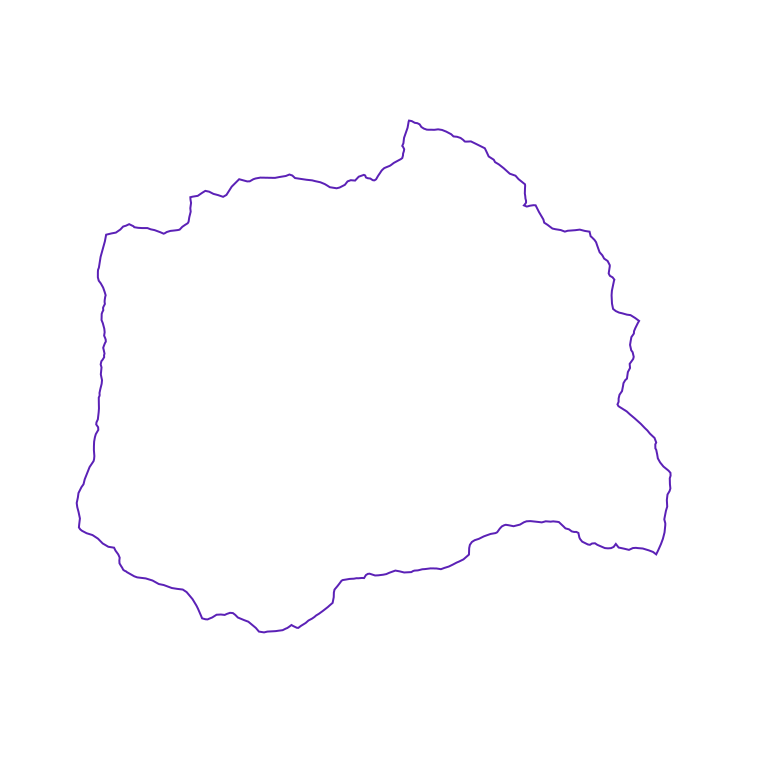 the district of Kawang, Thimphu, Bhutan, rotated 99°
{"feature_id": "84629894B41784722800221", "entity_name": "Kawang", "entity_type": "district", "adm_level": 2, "iso_a3": "BTN", "parent_name": "Bhutan", "parent_adm1": "Thimphu", "projection": "robinson", "projection_center": [89.606, 27.573], "detail": "fine", "context": "isolated", "style": "outline", "palette": "violet", "viewbox_px": 768, "rotation_deg": 99, "n_neighbors": 0, "source": "geoboundaries", "source_scale": "gbopen_adm2", "svg_char_len": 6142}
<svg xmlns="http://www.w3.org/2000/svg" viewBox="0 0 768 768"><g transform="rotate(99 384 384)"><path d="M643.9,527.0L644.3,523.5L644.1,521.4L643.0,519.7L641.5,517.2L638.1,513.3L637.2,509.1L637.0,505.2L635.7,503.3L634.1,500.3L633.9,497.4L635.3,494.8L637.5,491.8L639.1,485.2L640.0,480.8L642.9,475.9L645.0,472.4L648.1,468.8L648.1,463.6L646.8,460.5L645.0,452.2L644.3,450.0L643.0,445.6L641.0,442.8L640.1,441.3L638.1,439.2L636.5,437.7L637.2,436.0L638.4,432.0L638.3,430.5L635.9,428.2L632.3,424.0L629.4,421.6L627.0,418.4L625.0,416.3L623.2,414.8L621.2,412.4L617.8,409.0L616.0,407.3L613.1,404.6L610.9,402.8L608.2,400.5L602.4,400.3L597.7,400.9L594.8,400.7L590.8,398.3L587.9,396.7L585.0,395.2L584.1,394.1L583.0,390.7L581.9,387.5L581.0,383.3L580.1,380.7L579.9,379.0L579.0,375.4L578.8,373.3L575.6,372.0L574.1,370.3L573.6,368.6L574.5,362.9L573.9,359.9L572.5,355.0L571.4,352.0L569.7,349.4L566.5,343.6L566.6,339.3L567.0,334.6L565.5,327.6L564.1,325.9L563.5,324.6L562.8,321.4L561.0,317.2L560.4,314.6L558.8,309.1L558.0,303.3L558.0,298.8L556.2,295.6L554.2,291.5L551.7,287.9L549.0,284.3L547.7,282.2L544.8,278.1L539.2,273.4L532.7,274.2L529.4,274.0L526.3,272.5L525.4,271.5L524.1,270.0L522.1,266.1L518.9,261.6L517.4,258.9L515.4,255.2L513.8,250.5L512.7,249.0L508.7,247.0L506.2,245.3L504.7,243.2L504.0,241.7L504.0,238.7L504.2,233.8L501.6,227.7L498.7,224.2L497.3,221.7L496.5,217.9L496.1,209.7L496.0,206.5L494.3,202.8L493.9,197.9L493.2,195.4L493.0,191.6L493.0,189.7L496.6,184.4L498.2,182.2L498.6,178.6L500.2,175.5L500.4,173.0L500.0,170.9L500.7,168.7L505.1,167.0L506.5,166.0L508.7,163.6L510.6,157.5L510.6,155.4L509.0,153.6L508.3,150.7L509.5,148.1L511.5,140.2L511.3,137.1L510.6,134.1L509.0,131.7L505.7,130.0L508.8,126.7L509.1,121.0L509.5,116.1L507.1,112.5L506.4,109.5L506.4,108.2L506.0,102.7L506.9,96.3L507.8,92.0L509.7,88.5L505.1,87.1L498.7,85.4L493.2,84.3L486.7,83.7L479.4,84.1L477.5,84.4L473.8,86.0L465.2,85.7L460.8,85.1L454.3,86.5L448.8,86.7L445.1,85.2L442.4,84.8L438.3,85.9L432.4,87.0L429.7,86.6L426.9,87.2L425.1,89.4L421.8,95.1L418.3,99.0L414.6,101.9L410.7,103.2L406.5,104.8L405.1,105.9L401.2,106.6L399.2,106.0L394.9,108.4L393.8,110.1L391.4,113.6L388.7,116.6L386.7,119.5L383.2,124.1L378.6,131.2L375.5,136.4L373.1,140.0L369.3,148.9L367.6,150.2L364.9,149.5L361.6,150.0L357.7,149.7L353.8,147.8L348.5,147.6L345.7,147.6L342.4,146.3L340.7,144.9L334.1,145.0L329.7,143.5L325.7,144.5L320.3,141.8L318.1,141.6L313.7,143.4L312.0,145.1L306.9,147.1L303.6,147.1L299.0,147.0L295.1,145.1L292.7,145.3L289.4,144.5L284.0,142.8L281.8,141.9L279.5,146.3L277.4,151.3L277.5,154.9L276.9,159.9L276.7,163.0L275.7,166.5L274.0,169.5L268.9,171.4L260.8,173.1L256.2,173.5L246.2,173.0L244.9,172.8L242.9,174.9L241.8,177.8L240.5,178.8L239.6,179.4L232.6,179.4L231.3,179.6L227.5,182.4L225.7,186.2L222.7,188.5L220.2,191.6L218.1,192.8L213.5,195.3L210.8,196.7L208.8,198.6L206.4,201.9L205.8,203.0L201.4,204.8L201.4,209.5L200.9,214.8L202.2,219.3L203.9,226.5L205.2,229.2L204.3,233.5L204.3,239.0L204.1,242.0L201.2,247.4L199.6,251.0L196.6,252.3L189.8,257.9L183.8,262.2L184.0,264.3L185.1,267.8L186.1,269.9L186.4,271.0L186.1,272.0L185.7,273.7L183.5,272.4L182.5,272.1L180.7,272.4L178.7,273.3L176.3,273.9L173.8,274.7L168.3,275.4L166.1,275.6L164.7,276.0L160.6,283.2L157.7,286.7L156.6,292.7L152.1,299.6L149.1,305.0L147.5,309.0L145.3,310.7L142.9,316.2L138.4,319.2L135.4,321.3L132.6,330.2L130.8,336.1L131.8,341.0L131.8,342.3L130.6,343.8L129.0,346.9L128.4,350.5L128.6,354.1L126.8,356.7L125.0,362.0L124.0,366.4L124.0,370.4L125.0,373.8L125.6,377.8L126.1,381.4L125.5,384.6L124.3,387.3L122.0,389.4L121.2,391.8L121.2,394.5L120.0,397.7L119.9,400.5L120.9,400.7L127.2,400.8L137.8,402.7L143.2,402.5L146.0,403.2L146.8,402.3L148.9,400.8L150.9,400.8L153.5,401.2L155.2,401.0L158.0,401.3L159.3,402.6L161.8,405.9L164.1,408.9L166.6,411.3L167.6,412.4L170.0,416.4L170.8,417.6L172.8,419.2L173.9,419.9L176.4,421.0L177.6,421.6L179.8,422.6L183.0,423.8L184.3,425.2L184.5,426.6L184.0,428.0L183.2,429.6L183.3,432.3L182.8,434.2L181.0,435.2L180.6,436.6L183.2,441.4L187.6,444.4L187.9,448.7L189.6,451.7L193.4,453.8L196.9,458.6L198.1,461.4L198.1,468.3L197.0,470.8L195.8,473.8L194.7,478.4L194.4,483.8L194.1,486.8L194.4,492.6L194.5,504.1L192.4,507.2L191.9,510.2L193.9,513.5L195.8,519.3L197.5,524.0L199.5,538.4L201.1,543.0L202.2,545.1L204.8,548.3L205.3,550.8L204.4,559.1L212.9,565.3L221.9,569.2L224.3,572.2L223.4,577.4L222.9,582.2L221.4,586.8L221.2,590.7L223.8,593.7L227.3,597.4L228.9,602.3L229.8,604.5L232.4,603.9L235.3,602.9L240.7,602.8L244.0,601.9L249.8,602.4L254.3,602.4L255.9,603.0L258.1,605.5L260.3,607.8L263.5,610.0L264.2,611.7L265.1,614.8L266.2,618.9L267.9,622.4L269.4,624.1L270.0,625.2L269.1,628.6L267.9,634.7L267.7,638.7L267.0,642.0L267.8,647.0L268.2,651.3L268.2,655.2L267.4,656.1L266.0,660.7L268.0,663.6L269.3,666.3L272.7,668.6L276.4,672.5L277.9,676.7L280.0,681.8L286.8,682.0L302.8,683.8L313.7,683.8L316.0,684.3L318.2,684.1L323.4,683.3L326.6,681.9L328.9,679.5L332.7,676.5L336.6,674.4L339.9,672.8L341.6,673.0L344.8,673.0L346.7,672.8L348.6,672.2L351.7,673.2L352.8,673.4L355.1,672.8L356.8,673.4L358.9,673.8L363.3,673.2L365.0,673.0L368.0,671.2L373.2,668.9L376.6,668.0L380.0,668.0L382.6,666.4L383.8,665.8L385.7,665.4L387.2,666.0L389.9,666.6L392.2,667.0L394.1,666.2L397.7,664.8L399.4,665.0L401.3,664.6L404.0,665.7L405.7,666.7L409.0,666.9L411.8,665.6L418.8,665.2L424.4,663.1L428.0,662.9L433.5,663.4L437.4,663.6L439.0,663.2L440.1,663.1L442.0,663.6L447.8,662.6L452.8,661.7L456.5,661.4L463.7,661.1L466.9,662.0L469.0,661.9L471.4,659.6L474.0,659.0L478.6,660.8L481.8,661.2L486.2,661.3L490.6,660.8L494.6,660.2L500.5,658.8L503.5,658.6L505.6,658.8L512.1,661.8L525.0,664.7L530.0,665.1L533.2,666.7L539.5,668.7L543.9,668.6L549.6,668.9L553.6,667.7L558.1,665.7L564.4,663.3L570.1,663.1L573.4,662.9L575.1,661.3L576.2,659.4L577.9,654.4L578.8,648.3L581.5,642.3L585.5,636.9L587.9,630.8L587.9,625.0L590.5,623.2L593.9,619.8L596.9,617.9L599.6,617.8L602.5,617.2L604.6,615.5L606.5,613.8L608.3,612.5L609.0,611.1L609.5,609.3L610.0,608.6L613.0,600.6L613.6,597.5L613.3,588.9L614.3,581.9L616.8,575.1L617.0,570.2L618.7,561.6L618.7,556.3L618.5,550.6L620.4,546.4L626.4,539.5L632.2,534.6L635.0,532.6L641.6,528.4L643.9,527.0Z" fill="none" stroke="#5b21b6" stroke-width="2"/></g></svg>